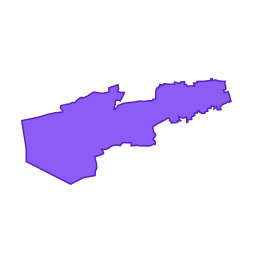 outline of Chichimilá, Yucatán, Mexico, rotated 79°
{"feature_id": "50627088B30666786900791", "entity_name": "Chichimilá", "entity_type": "district", "adm_level": 2, "iso_a3": "MEX", "parent_name": "Mexico", "parent_adm1": "Yucatán", "projection": "equal_earth", "projection_center": [-88.19, 20.466], "detail": "fine", "context": "isolated", "style": "filled", "palette": "violet", "viewbox_px": 256, "rotation_deg": 79, "n_neighbors": 0, "source": "geoboundaries", "source_scale": "gbopen_adm2", "svg_char_len": 5678}
<svg xmlns="http://www.w3.org/2000/svg" viewBox="0 0 256 256"><g transform="rotate(79 128 128)"><path d="M172.2,195.0L171.4,192.4L168.6,182.6L168.1,179.9L168.3,176.0L168.4,169.4L164.1,168.3L162.0,166.7L160.7,166.3L160.0,166.1L158.7,165.9L158.1,165.8L154.6,165.9L153.7,166.0L153.2,166.0L152.2,166.1L149.7,166.0L149.8,164.9L149.7,163.1L149.4,161.7L149.3,160.2L148.8,158.7L148.4,156.8L146.9,156.8L146.3,157.1L145.5,157.2L145.0,157.4L144.7,157.5L144.4,157.5L144.0,157.7L144.4,156.6L144.4,156.4L144.5,156.0L144.6,155.0L144.6,154.2L144.6,153.9L144.6,153.2L144.6,152.6L144.3,151.7L144.0,151.3L144.0,151.0L143.7,150.5L143.4,149.6L143.3,149.3L143.0,148.7L142.9,148.3L142.4,146.6L142.3,145.5L142.7,141.9L143.1,140.6L143.7,139.5L143.9,138.8L143.7,138.6L143.0,138.7L142.5,137.5L142.4,137.2L141.5,136.1L141.5,135.5L141.5,135.0L141.7,134.4L141.8,133.6L141.9,133.4L142.0,132.7L142.2,132.2L142.4,131.2L142.6,130.3L142.7,130.1L142.9,129.6L142.9,128.8L143.0,128.0L143.0,127.5L144.1,127.7L144.6,127.9L144.8,128.0L145.1,128.1L146.0,128.4L146.6,124.8L146.6,123.6L146.9,121.7L147.5,120.7L147.7,120.0L148.5,116.0L149.0,113.9L149.7,110.3L149.5,108.7L149.3,107.9L149.1,107.4L148.8,106.6L148.5,105.9L149.3,105.2L149.2,104.5L148.7,104.3L147.5,104.0L147.1,103.8L146.7,103.8L145.8,104.3L145.5,104.5L143.7,105.5L140.6,102.3L139.1,102.3L136.9,103.6L132.2,103.7L131.0,102.5L130.8,101.3L130.6,100.9L130.2,99.9L129.6,98.8L129.2,97.7L129.1,97.4L128.9,97.0L128.8,95.9L128.8,95.7L128.6,95.2L128.4,94.5L128.1,93.7L128.0,93.0L127.8,92.7L127.8,92.4L127.7,92.1L127.5,91.7L127.2,90.7L127.0,89.9L126.8,89.4L126.6,89.1L126.3,88.3L126.2,87.7L126.1,87.2L126.1,85.9L127.8,85.6L128.0,85.7L128.4,85.8L128.6,85.9L129.2,85.2L129.6,84.7L129.8,84.6L129.9,84.4L130.3,84.4L130.5,84.4L130.9,84.5L131.2,84.3L131.4,84.3L131.4,84.1L131.4,83.8L131.5,83.2L131.6,82.6L131.7,82.1L131.7,81.9L131.7,81.6L131.8,80.7L131.9,79.9L131.7,78.2L130.6,78.1L130.7,77.8L130.7,77.5L130.8,77.1L130.9,76.3L130.8,74.8L130.4,75.2L129.3,76.0L128.5,76.0L128.0,76.2L127.9,76.1L127.3,76.0L127.1,76.0L126.9,76.0L126.5,76.0L126.9,75.6L127.5,74.7L127.7,74.3L127.8,74.1L128.3,73.4L128.4,73.2L128.5,72.9L128.6,72.6L128.8,71.4L128.7,70.2L128.6,69.6L128.5,69.4L128.5,68.4L128.9,68.6L129.1,68.5L129.6,68.6L130.3,68.7L130.5,68.8L130.9,68.7L131.4,68.7L132.0,69.0L132.9,69.2L133.2,69.2L133.4,69.3L133.7,69.4L133.6,68.2L133.1,68.2L132.9,68.1L131.9,68.0L131.7,67.8L131.4,67.8L131.4,67.5L131.6,66.9L131.5,65.4L131.7,63.8L130.3,63.6L128.9,63.1L128.9,61.3L128.3,61.1L128.4,60.1L126.2,59.9L126.2,58.0L126.4,56.9L124.8,56.9L124.7,55.7L124.7,54.6L125.6,54.9L125.7,54.3L126.4,54.4L126.8,54.2L126.9,53.2L127.4,52.6L127.8,52.6L128.2,49.9L126.6,48.8L126.7,46.5L125.3,46.4L124.1,46.0L124.5,42.8L122.3,42.2L123.1,39.3L124.8,39.7L125.6,40.0L124.7,37.4L124.3,36.8L125.9,36.9L127.3,36.9L127.5,34.7L127.8,33.3L127.4,33.2L127.3,33.3L126.3,33.5L126.0,33.7L125.8,33.6L125.7,33.5L125.2,33.2L124.5,33.1L123.1,31.0L122.7,29.3L122.4,28.1L122.1,26.6L121.4,25.7L121.7,24.4L121.9,23.9L122.0,23.4L121.0,23.0L121.5,21.8L115.8,22.3L115.5,22.4L114.8,22.5L114.4,22.4L112.7,22.6L112.2,22.6L111.4,22.7L111.5,23.6L111.5,24.8L111.7,25.5L111.6,26.4L111.5,26.9L111.3,26.8L110.6,26.8L110.3,26.9L109.3,26.8L108.7,26.9L109.0,24.9L108.6,24.8L107.6,24.4L106.7,24.3L106.2,24.2L105.2,24.2L104.3,24.3L103.8,24.5L102.7,24.6L101.1,24.0L100.7,23.7L100.6,24.3L100.5,25.0L100.4,25.5L99.9,27.3L99.6,28.1L99.6,28.5L98.9,30.4L97.6,32.7L97.5,34.0L97.3,36.2L95.6,35.9L95.5,36.6L95.4,37.2L96.7,37.5L97.0,38.4L97.1,38.9L97.1,39.4L96.8,41.7L96.7,43.9L96.5,45.2L95.5,51.5L96.8,51.6L96.5,55.1L98.1,55.1L99.3,54.6L99.0,57.2L98.6,58.5L98.5,61.5L98.4,61.9L98.1,62.2L97.4,62.1L96.6,62.3L96.4,64.3L93.9,63.7L93.3,63.7L92.9,67.4L94.1,68.0L94.0,68.6L93.9,69.1L92.7,71.9L91.8,73.6L93.8,74.1L93.5,76.0L93.3,77.4L93.1,78.6L91.9,82.6L91.5,84.5L92.5,84.2L92.9,85.7L93.0,86.2L92.6,86.6L91.9,86.5L91.3,88.4L93.2,88.9L93.2,90.1L94.6,90.7L94.4,91.3L94.3,92.1L95.2,92.7L95.9,93.1L99.6,94.2L104.7,95.4L104.9,96.1L105.0,97.0L104.5,98.0L105.5,98.8L105.8,99.6L104.9,103.1L105.1,104.1L105.2,105.5L104.6,108.6L103.8,111.2L103.7,112.8L103.7,113.7L103.7,114.6L103.8,114.9L103.8,115.8L103.7,116.9L103.7,117.4L103.7,117.9L103.7,118.2L103.7,118.7L103.7,119.2L103.6,119.8L103.4,120.0L103.3,120.4L103.2,123.2L103.2,124.2L103.1,124.8L103.1,125.3L103.1,126.0L103.0,127.6L103.3,129.3L103.5,130.0L103.6,130.6L103.6,131.2L103.7,131.5L103.8,132.0L103.8,132.8L104.2,133.7L104.4,133.9L104.8,134.2L104.9,134.3L105.3,134.8L105.6,135.1L106.0,135.7L106.4,136.2L106.7,136.6L107.4,137.1L107.0,138.2L98.2,134.5L98.8,132.4L99.8,130.4L96.2,127.4L95.3,126.7L93.9,125.6L92.4,124.9L92.3,125.7L92.2,126.4L91.4,129.2L89.8,131.5L89.3,131.1L88.7,130.5L88.1,130.1L87.9,129.9L87.4,129.7L87.1,129.7L86.2,129.7L85.6,129.8L84.5,129.7L83.9,129.4L83.8,129.8L83.9,130.3L83.8,130.9L83.8,131.2L83.8,131.5L84.0,131.9L84.1,132.5L84.2,132.8L84.1,133.3L84.2,133.8L84.4,134.6L84.4,135.4L84.5,136.7L84.6,137.0L84.7,137.3L85.0,138.4L85.2,139.2L85.7,139.3L86.7,139.5L88.7,139.6L88.9,141.0L89.1,141.8L89.2,143.7L89.1,145.7L88.8,147.2L88.2,149.6L86.9,152.7L86.6,153.9L86.4,154.3L86.3,155.0L86.4,155.8L89.2,162.2L90.0,167.2L89.0,167.5L89.1,168.2L89.2,168.8L89.3,169.3L89.5,169.8L91.9,174.0L92.2,174.4L92.9,175.3L92.3,178.0L92.5,178.4L92.7,179.0L92.9,179.4L93.1,180.3L93.3,181.1L93.1,182.9L93.0,183.4L93.0,184.8L93.1,185.1L93.3,185.7L93.3,186.2L93.2,187.0L93.2,187.7L93.1,188.3L93.2,188.6L93.5,189.8L93.9,190.0L94.4,190.1L94.8,190.3L95.1,190.4L95.5,190.4L96.0,190.3L96.7,189.9L97.0,189.7L97.6,189.3L98.1,188.9L98.8,189.0L99.9,189.2L99.3,195.3L99.2,196.4L99.4,204.9L99.9,209.8L100.3,213.1L100.5,229.1L100.5,230.9L128.5,231.8L141.6,234.2L172.2,195.0Z" fill="#8b5cf6" stroke="#5b21b6" stroke-width="1.5"/></g></svg>